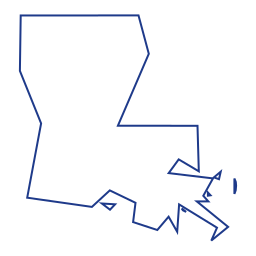 outline of Louisiana
{"feature_id": "USA-3535", "entity_name": "Louisiana", "entity_type": "State", "adm_level": 1, "iso_a3": "USA", "parent_name": "United States of America", "parent_adm1": "", "projection": "equal_earth", "projection_center": [-90.64, 30.971], "detail": "coarse", "context": "isolated", "style": "outline", "palette": "blue", "viewbox_px": 256, "rotation_deg": 0, "n_neighbors": 0, "source": "natural_earth", "source_scale": "10m", "svg_char_len": 711}
<svg xmlns="http://www.w3.org/2000/svg" viewBox="0 0 256 256"><path d="M197.5,125.8L198.8,171.3L178.7,159.4L168.7,173.1L213.0,178.4L203.3,195.8L208.3,201.4L196.8,201.4L228.1,226.9L211.3,240.6L217.0,227.7L179.1,204.4L177.2,231.8L168.6,216.7L157.3,230.0L133.1,222.1L135.5,202.8L109.8,190.4L91.9,206.9L27.2,197.7L41.1,123.4L19.9,70.9L20.7,15.5L138.5,15.4L148.8,53.8L117.9,125.7L197.5,125.8ZM115.1,204.3L110.0,209.7L101.9,203.5L115.1,204.3ZM220.7,171.7L219.0,179.2L213.9,177.4L220.7,171.7ZM181.7,208.5L186.1,211.9L182.9,210.3L181.7,208.5ZM234.4,193.9L234.4,178.5L235.8,182.0L236.1,185.7L235.7,190.3L234.4,193.9ZM207.9,192.5L210.5,195.3L207.9,195.7L207.9,192.5Z" fill="none" stroke="#1e3a8a" stroke-width="2"/></svg>